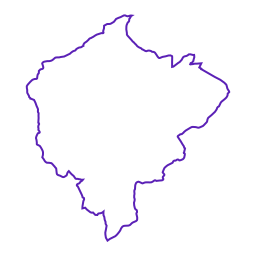 Sutatausa, Cundinamarca, Colombia (Albers equal-area conic projection)
{"feature_id": "7082276B12130404370303", "entity_name": "Sutatausa", "entity_type": "district", "adm_level": 2, "iso_a3": "COL", "parent_name": "Colombia", "parent_adm1": "Cundinamarca", "projection": "albers", "projection_center": [-73.854, 5.238], "detail": "fine", "context": "isolated", "style": "outline", "palette": "violet", "viewbox_px": 256, "rotation_deg": 0, "n_neighbors": 0, "source": "geoboundaries", "source_scale": "gbopen_adm2", "svg_char_len": 5692}
<svg xmlns="http://www.w3.org/2000/svg" viewBox="0 0 256 256"><path d="M225.0,83.5L224.6,82.9L220.3,79.8L214.9,77.0L201.9,69.5L201.4,69.3L201.6,69.0L201.2,68.6L199.3,67.5L201.3,63.3L196.4,63.7L194.6,63.7L192.9,64.1L192.3,64.1L190.4,64.4L190.2,64.3L190.7,63.1L191.9,62.8L193.4,60.9L193.4,60.6L193.6,59.6L193.9,58.6L194.1,57.8L194.2,57.6L194.3,57.2L194.2,55.5L194.1,54.9L193.1,55.0L190.4,54.3L188.8,54.4L187.7,55.3L186.6,55.9L184.5,56.4L183.7,56.8L183.2,57.2L182.9,57.6L181.7,59.8L179.7,62.0L178.1,63.0L173.4,66.6L172.1,66.9L172.1,61.7L172.2,57.4L172.1,56.2L170.5,55.4L168.5,55.5L165.7,56.3L162.5,56.9L159.8,58.0L159.2,58.0L158.7,57.8L158.2,57.3L157.4,56.3L156.6,55.0L155.0,52.7L154.3,52.2L153.5,51.9L152.1,51.8L151.3,51.2L150.6,50.9L149.3,50.6L148.1,50.6L146.3,51.2L145.4,51.0L143.1,49.7L142.8,49.5L142.5,49.5L141.9,49.2L141.6,48.7L141.3,48.4L138.9,47.3L138.0,46.7L137.3,46.2L135.9,44.5L134.6,43.3L134.3,42.9L134.0,42.5L132.7,41.5L131.5,40.0L127.7,35.8L127.1,35.0L126.9,34.5L126.9,33.1L126.3,29.3L126.4,26.5L126.6,25.2L127.5,23.0L127.9,22.4L128.8,21.6L129.1,21.0L129.3,18.9L130.0,18.1L130.2,17.5L130.5,17.2L131.0,16.1L131.8,15.6L131.0,15.5L129.8,15.7L127.9,16.3L126.8,16.1L125.1,15.4L124.3,15.4L123.7,15.5L120.6,17.1L118.4,17.9L116.2,18.9L115.8,19.3L115.2,20.2L113.8,21.9L110.9,23.6L110.1,23.9L109.2,24.0L107.5,24.0L107.0,24.1L104.1,25.7L104.0,28.3L103.2,31.0L103.2,31.6L103.5,32.5L103.4,32.9L103.2,33.1L102.4,33.2L101.5,33.1L96.8,34.6L95.2,35.5L93.1,36.9L92.2,37.3L91.5,37.8L89.7,38.5L89.3,38.8L88.4,39.9L87.4,40.8L86.7,41.5L84.9,42.7L84.4,43.1L83.6,44.3L83.4,44.9L83.4,45.9L82.9,46.0L82.3,46.5L80.9,47.3L79.3,47.5L78.7,47.7L77.4,48.4L76.3,49.1L75.7,50.0L75.2,50.5L73.7,51.0L72.6,51.5L70.9,52.8L70.0,53.7L64.2,56.5L60.8,57.0L59.1,57.4L57.0,57.4L55.5,57.6L55.1,57.8L52.4,60.1L50.9,60.8L49.4,61.1L47.4,61.1L44.6,61.6L43.9,61.8L42.9,62.4L42.4,63.0L42.2,63.6L42.9,65.6L43.2,66.9L43.3,67.7L43.1,68.3L42.6,68.8L42.1,69.0L40.7,69.3L40.3,69.5L38.9,70.9L38.8,73.1L38.6,73.5L38.2,73.8L37.6,74.9L37.3,76.6L37.1,78.3L36.7,78.8L36.4,78.9L34.6,79.0L32.9,79.6L32.2,80.0L30.3,81.8L27.7,84.7L26.8,86.2L26.8,87.0L26.9,88.4L27.2,89.8L27.2,91.8L27.3,92.9L29.0,96.0L29.2,97.1L29.7,97.6L30.2,97.9L30.4,98.7L31.0,98.7L31.7,99.0L34.0,99.9L34.8,101.4L35.5,102.9L36.6,106.0L37.7,108.4L38.0,109.3L37.9,111.5L38.1,112.4L38.6,113.1L38.6,113.4L38.5,115.7L38.6,118.1L38.3,122.7L38.6,122.8L38.9,123.3L39.1,124.0L38.4,125.6L38.4,126.0L38.2,126.8L38.2,127.2L38.5,128.1L38.4,129.9L39.3,131.2L39.6,131.7L39.7,132.3L39.4,132.8L38.0,133.2L37.8,133.4L36.7,135.6L36.1,137.3L36.0,138.2L36.5,140.0L36.8,142.3L36.8,144.0L36.9,144.4L37.3,144.7L38.8,145.4L39.7,145.9L40.1,146.3L41.3,148.2L42.3,150.1L42.7,151.0L43.0,152.2L43.0,153.9L42.9,155.2L42.3,157.3L43.5,158.9L44.9,161.2L45.7,162.0L46.6,162.6L46.9,162.7L49.2,162.8L51.5,163.2L52.9,164.6L53.8,165.7L54.6,166.5L55.2,167.4L56.1,168.3L56.2,168.6L56.7,173.2L57.0,174.2L57.2,174.4L58.0,175.0L60.1,175.7L62.2,176.8L63.1,177.1L63.9,177.0L64.4,176.8L66.6,175.4L67.4,173.0L67.7,172.4L68.1,171.8L68.8,171.1L70.7,173.3L71.9,174.5L73.6,175.9L75.5,178.6L76.3,178.9L78.0,178.9L78.5,179.1L80.1,179.3L81.7,179.8L82.9,179.7L82.2,180.6L80.3,181.9L79.6,183.0L79.3,183.3L78.0,183.8L77.2,184.3L77.0,184.6L76.8,185.1L76.9,185.5L77.1,185.9L77.8,186.4L81.8,194.8L82.4,196.4L82.6,197.4L83.9,198.0L84.0,198.3L84.1,199.2L84.0,199.7L83.4,201.0L83.1,202.6L82.5,206.2L82.4,208.4L85.2,207.7L86.8,209.5L90.3,212.2L91.0,212.5L92.0,212.7L93.0,212.5L95.3,214.9L97.3,215.0L97.4,214.8L98.3,213.6L99.0,213.4L100.1,213.3L101.3,213.0L102.4,212.5L103.5,211.6L103.4,212.8L103.5,215.2L104.3,217.0L104.7,219.8L105.5,221.8L105.6,223.8L106.6,225.7L106.0,229.1L105.3,232.6L105.4,234.6L105.9,237.7L106.7,239.1L107.5,240.6L109.9,238.9L115.3,236.2L116.4,235.2L117.2,234.4L119.0,232.2L120.2,230.5L121.1,228.4L122.2,226.9L122.8,226.4L123.6,226.0L124.5,225.8L128.4,225.6L129.3,225.3L130.1,224.9L131.9,223.1L133.0,222.4L136.0,221.1L136.9,220.3L137.2,219.3L137.2,217.3L136.4,213.9L136.4,213.5L136.6,212.8L137.0,212.2L137.0,211.1L136.6,210.0L135.5,209.3L134.8,208.0L134.2,205.4L134.0,202.7L134.5,201.0L134.7,199.7L134.6,198.8L134.2,197.5L134.2,195.6L134.5,193.9L134.3,191.5L134.4,190.3L135.0,189.1L135.2,185.8L135.3,185.1L135.5,184.4L136.1,183.0L136.6,182.5L137.2,182.1L138.3,181.7L139.4,182.0L142.2,183.3L142.8,183.3L144.5,182.6L145.4,182.4L146.5,182.3L149.9,182.4L151.3,182.3L152.6,181.7L154.5,180.4L155.0,180.3L155.6,180.4L156.1,180.8L156.4,180.9L159.8,180.5L161.5,180.4L162.4,180.2L163.2,179.6L163.3,179.2L163.2,178.5L162.9,178.1L162.8,177.7L162.8,177.1L163.1,176.5L164.2,175.4L164.3,174.9L164.3,174.4L162.7,172.4L162.7,172.2L163.8,169.4L164.4,168.1L164.9,167.5L166.5,166.1L167.7,165.2L172.5,162.8L172.8,162.3L173.2,161.4L173.5,161.1L174.3,160.6L175.6,160.6L177.0,159.7L177.8,159.5L178.5,159.7L179.3,160.4L179.7,160.4L180.8,160.1L182.5,159.4L183.0,159.1L183.5,158.6L184.2,157.6L184.8,154.8L184.8,153.8L184.3,153.2L183.9,153.1L183.8,152.7L184.2,152.0L184.5,150.4L184.8,149.7L184.8,148.9L185.0,148.4L184.6,147.9L184.3,147.8L184.2,147.6L183.8,146.2L182.7,144.6L180.8,141.4L177.8,136.9L177.7,136.7L177.8,136.2L178.1,135.8L179.7,134.8L180.2,134.3L181.8,134.1L183.7,132.5L184.0,132.0L185.8,130.5L190.6,127.6L191.9,127.0L192.9,126.9L195.6,127.1L196.6,127.3L197.6,127.6L198.7,127.7L199.7,127.4L202.9,126.0L203.8,125.2L206.2,122.7L206.7,122.2L207.1,121.4L207.5,119.4L207.8,118.7L208.1,118.0L208.6,117.5L211.5,115.1L215.0,111.8L216.7,109.3L217.0,108.2L217.5,107.4L217.8,107.0L218.9,106.4L219.1,106.1L220.7,102.7L221.5,101.7L224.7,99.1L226.3,97.6L227.0,96.5L227.4,95.7L227.6,95.0L227.7,93.6L229.2,92.1L229.2,91.8L229.1,91.4L227.4,88.6L226.7,85.9L226.4,84.9L225.7,84.0L225.2,83.6L225.0,83.5Z" fill="none" stroke="#5b21b6" stroke-width="2"/></svg>